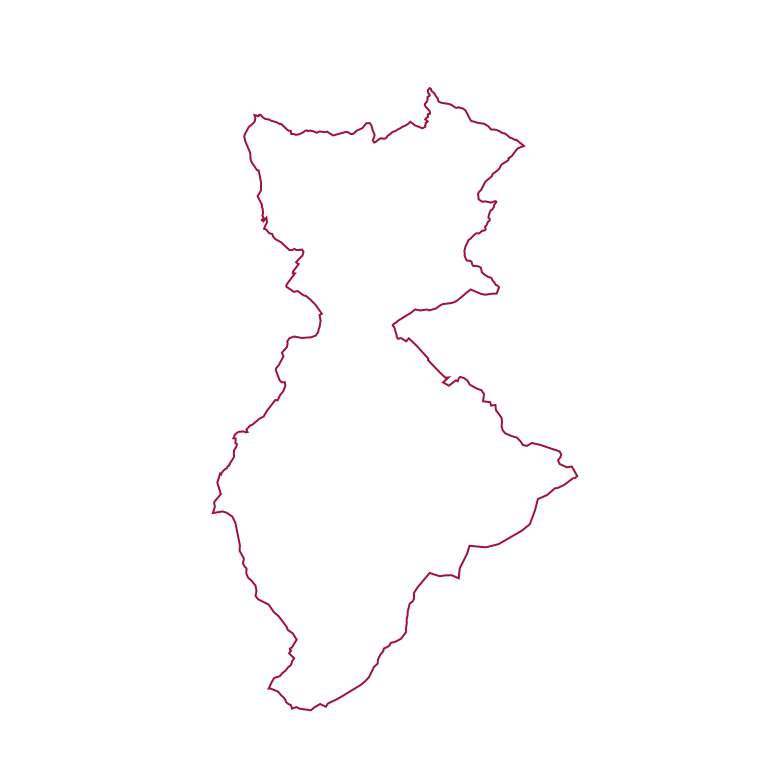 outline of Suici, Arges, Romania, rotated 74°
{"feature_id": "2599482B28587086561984", "entity_name": "Suici", "entity_type": "district", "adm_level": 2, "iso_a3": "ROU", "parent_name": "Romania", "parent_adm1": "Arges", "projection": "albers", "projection_center": [24.509, 45.248], "detail": "fine", "context": "isolated", "style": "outline", "palette": "rose", "viewbox_px": 768, "rotation_deg": 74, "n_neighbors": 0, "source": "geoboundaries", "source_scale": "gbopen_adm2", "svg_char_len": 6150}
<svg xmlns="http://www.w3.org/2000/svg" viewBox="0 0 768 768"><g transform="rotate(74 384 384)"><path d="M666.6,488.5L664.4,483.8L661.7,479.3L653.3,471.7L651.0,467.1L647.7,466.0L645.6,464.4L642.8,461.7L640.7,458.4L638.2,457.1L638.0,454.9L637.1,451.1L634.7,448.9L634.9,444.2L633.6,437.9L628.5,431.1L624.8,430.2L620.7,428.2L616.1,427.0L613.4,425.3L609.5,424.0L603.0,420.3L602.0,419.5L600.9,416.4L598.4,414.2L593.2,412.9L588.6,407.6L578.2,392.2L584.2,383.3L584.7,378.6L586.5,371.6L591.4,365.7L582.2,362.1L569.8,350.7L563.1,346.4L569.1,331.0L569.5,318.1L563.0,292.0L558.9,282.4L546.9,273.6L537.0,267.8L535.7,257.9L531.4,248.7L531.8,245.7L530.7,238.8L526.9,228.9L526.9,225.9L525.7,223.6L515.1,226.2L514.5,231.1L509.3,237.2L505.4,237.8L503.1,234.8L500.8,233.0L497.2,233.8L485.6,250.6L481.4,258.2L482.9,263.6L481.0,267.3L476.9,268.5L472.1,271.0L469.3,275.6L464.8,281.1L461.4,282.6L457.1,282.7L452.7,280.9L448.6,280.4L439.9,283.6L434.9,282.7L434.2,287.1L430.8,286.9L427.9,293.6L421.3,290.6L416.8,292.1L414.0,296.0L408.3,301.7L403.9,302.8L400.3,305.5L398.2,309.0L399.2,310.6L401.7,312.4L400.3,313.8L403.5,322.1L398.7,326.8L395.5,320.1L394.8,323.3L388.0,327.3L373.2,335.1L371.9,334.4L356.2,342.1L346.9,347.6L349.1,351.0L345.1,354.4L344.4,355.7L344.5,358.0L342.4,358.8L340.6,358.4L332.0,358.5L330.2,359.5L329.5,359.1L328.6,357.1L328.2,355.2L327.0,352.9L322.9,338.2L321.1,334.2L321.1,333.1L323.3,328.9L324.2,322.3L324.9,321.0L325.7,320.4L325.7,313.3L324.0,308.5L323.4,305.8L324.7,297.1L324.7,293.5L323.9,290.5L317.0,274.7L324.3,265.7L326.2,261.7L326.9,255.7L328.1,250.7L322.6,246.7L320.3,248.1L319.6,249.3L316.7,249.9L315.0,250.9L311.6,251.6L309.7,254.4L306.4,257.4L303.4,259.2L299.2,258.7L298.1,259.5L296.7,261.3L295.7,263.3L295.2,265.6L293.1,266.3L290.8,266.1L289.3,267.2L288.3,270.1L287.2,270.7L282.7,271.2L281.7,270.6L278.4,270.1L274.1,267.7L268.8,262.9L268.3,261.0L265.7,256.6L264.7,254.1L264.7,253.1L265.4,251.1L265.1,250.0L263.8,247.8L264.1,244.9L263.5,243.7L260.9,243.6L260.3,243.1L259.9,241.9L256.7,239.3L256.0,237.5L255.3,237.0L254.5,236.9L252.9,237.8L250.2,236.5L247.1,234.2L246.3,233.2L246.1,231.8L244.2,229.6L242.2,228.7L240.2,226.0L239.7,225.8L238.9,226.5L239.1,231.3L236.5,236.0L235.9,239.1L234.3,240.7L232.5,242.1L227.1,241.2L225.8,240.0L224.0,236.9L217.4,230.8L214.1,223.2L212.3,221.8L211.6,220.6L210.6,217.5L208.8,213.8L205.5,210.7L203.3,203.1L202.2,202.1L201.2,202.1L200.4,198.7L195.6,192.5L194.3,190.3L193.8,183.9L185.7,189.5L185.6,190.6L183.2,193.1L181.9,195.0L176.8,198.4L174.8,201.8L172.9,203.2L171.4,205.0L170.1,207.3L168.7,211.1L165.2,212.5L161.5,216.0L158.6,222.2L156.6,225.1L155.5,227.4L153.7,228.2L143.4,230.3L140.9,232.2L139.9,234.3L138.6,235.7L138.6,237.8L138.0,239.2L134.6,241.9L132.9,244.0L129.5,251.3L128.0,253.3L126.6,253.9L124.3,253.6L122.5,254.5L118.2,255.6L115.7,257.5L113.6,257.4L112.2,258.4L113.5,260.7L114.6,261.2L117.2,261.1L118.1,260.4L119.2,260.5L119.6,261.0L119.8,262.4L120.2,263.2L122.7,263.7L124.3,264.7L125.9,267.3L126.7,267.8L128.8,267.6L134.3,264.8L136.4,265.1L137.0,265.5L136.7,267.1L136.9,267.7L139.4,268.0L139.9,269.8L141.0,271.4L143.5,269.6L144.0,270.1L144.4,271.9L145.6,272.2L146.8,273.3L148.1,273.3L148.7,275.7L148.5,277.2L146.5,279.2L145.6,280.9L144.0,282.8L139.1,286.5L140.3,288.3L141.5,292.0L142.0,296.4L142.5,297.0L143.1,300.5L143.9,302.8L144.1,306.4L145.6,309.4L146.4,312.2L147.8,313.6L148.3,314.7L148.2,316.4L146.9,319.3L147.6,322.1L148.7,324.4L149.2,326.9L146.6,327.6L143.8,325.3L141.7,324.3L136.9,325.0L131.9,324.8L129.3,325.8L128.5,329.2L132.0,334.1L133.1,341.0L134.7,343.6L135.0,344.7L134.5,347.2L132.6,348.6L131.2,350.7L131.1,364.4L125.7,369.2L125.6,371.6L123.5,376.2L123.9,379.6L121.5,382.2L120.8,384.0L120.1,384.7L120.0,387.2L119.0,388.0L118.9,390.1L119.9,392.6L120.6,396.9L120.1,400.2L118.9,401.8L118.0,404.3L114.9,403.9L114.3,405.7L113.0,406.9L106.9,410.4L105.5,411.5L105.6,412.2L102.8,415.2L99.6,420.2L97.9,421.8L96.6,425.0L94.2,427.0L91.5,428.3L90.8,429.4L90.9,429.9L91.8,430.4L91.8,431.6L90.9,432.3L89.8,434.4L92.8,434.3L96.0,435.9L97.8,438.7L99.7,443.2L105.1,448.4L107.4,450.1L112.7,450.4L125.0,448.9L130.8,450.3L134.7,450.0L143.5,447.1L144.3,445.6L156.9,446.7L164.2,449.0L168.7,453.8L178.0,451.9L180.4,452.7L181.7,452.3L186.6,453.1L188.4,454.5L191.2,453.9L192.8,456.3L194.4,455.1L191.7,451.2L196.4,451.9L199.2,454.6L201.7,456.5L203.1,454.7L207.4,452.8L209.0,450.1L211.8,449.9L214.8,448.5L219.4,443.9L229.1,438.0L229.9,435.7L229.5,432.8L231.2,431.2L232.2,425.7L235.0,425.0L238.2,427.1L241.0,432.5L242.8,434.9L245.2,433.0L250.9,440.5L252.4,441.1L253.1,439.1L261.4,450.0L263.5,451.1L270.6,445.2L270.8,441.4L276.6,436.9L278.0,434.6L282.9,431.3L289.7,427.7L299.4,424.4L300.0,427.0L305.5,427.4L311.6,430.3L313.1,431.6L315.7,432.8L318.6,436.1L319.0,441.1L317.0,450.6L313.6,457.2L313.9,462.3L316.4,465.3L318.3,465.4L321.7,467.1L325.7,473.4L329.8,473.1L337.1,480.2L339.0,483.2L340.8,484.2L351.6,483.3L354.2,481.8L355.0,478.8L358.4,479.3L362.9,482.5L366.2,487.1L370.4,490.8L369.4,492.9L377.5,503.9L382.1,508.7L383.0,513.3L386.9,521.9L387.0,524.2L389.9,528.8L392.6,528.4L392.5,529.9L390.9,532.1L389.9,536.9L391.3,541.0L394.7,543.8L395.5,541.6L399.9,543.1L401.3,541.9L403.7,543.4L406.3,546.3L410.0,547.7L412.6,548.1L417.2,553.2L417.8,554.2L418.8,554.4L419.5,555.8L419.9,555.8L420.3,557.2L421.6,558.3L422.2,560.4L423.2,562.5L425.4,565.4L425.8,565.5L424.9,566.2L432.9,571.4L444.9,571.2L449.7,578.4L451.0,580.0L455.4,580.4L460.9,584.1L462.0,574.3L464.6,570.5L469.8,566.3L476.4,565.1L499.4,567.0L504.4,568.8L513.2,566.8L517.6,569.1L521.0,568.3L523.3,567.0L528.3,568.6L532.8,568.0L536.5,565.6L542.4,563.1L547.7,563.6L552.4,565.9L556.3,564.3L564.2,555.7L572.8,552.8L578.3,549.2L590.7,544.5L593.8,544.3L598.5,540.5L605.7,538.4L611.9,545.2L612.4,547.4L613.7,547.6L614.7,546.8L616.7,549.5L622.8,546.0L625.1,548.6L628.6,551.0L629.7,554.0L632.5,557.8L633.9,561.5L636.1,564.6L636.3,570.6L639.5,574.0L645.0,578.8L645.2,577.4L649.8,571.4L651.2,570.2L654.3,569.0L657.1,567.2L660.2,565.9L662.9,565.8L665.1,564.2L666.9,562.1L670.7,561.8L670.4,557.2L672.8,554.7L677.5,544.1L675.7,540.2L674.0,533.6L678.2,528.8L675.6,525.8L674.2,516.9L672.3,509.1L666.6,488.5Z" fill="none" stroke="#9f1239" stroke-width="2"/></g></svg>